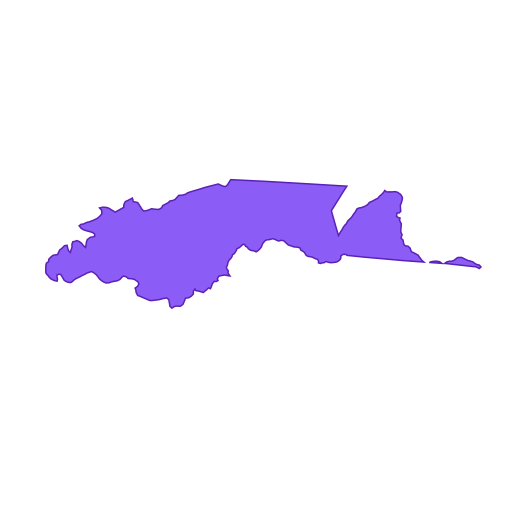 Tracuateua, Pará, Brazil, rotated 242°
{"feature_id": "56859067B98694132749853", "entity_name": "Tracuateua", "entity_type": "district", "adm_level": 2, "iso_a3": "BRA", "parent_name": "Brazil", "parent_adm1": "Pará", "projection": "albers", "projection_center": [-46.953, -1.066], "detail": "fine", "context": "isolated", "style": "filled", "palette": "violet", "viewbox_px": 512, "rotation_deg": 242, "n_neighbors": 0, "source": "geoboundaries", "source_scale": "gbopen_adm2", "svg_char_len": 4540}
<svg xmlns="http://www.w3.org/2000/svg" viewBox="0 0 512 512"><g transform="rotate(242 256 256)"><path d="M371.9,140.4L368.8,141.2L365.6,139.7L364.5,136.8L363.8,133.9L363.8,131.5L363.9,129.0L364.2,127.2L364.4,124.9L365.1,122.6L365.2,120.8L365.3,118.4L366.1,116.5L365.7,114.0L362.6,114.6L360.3,115.9L358.7,117.3L357.0,119.1L355.4,120.8L353.3,122.9L351.1,123.8L349.1,122.8L349.6,120.4L350.3,118.5L349.7,114.7L347.9,112.8L345.3,110.9L343.6,109.5L346.2,108.5L349.4,107.9L352.0,106.6L353.8,104.9L353.9,103.1L354.6,101.0L352.7,98.9L350.5,97.9L349.2,96.7L348.0,95.3L346.3,93.8L348.8,92.9L351.5,93.5L354.2,94.2L355.0,91.8L354.4,89.8L353.8,87.8L353.5,85.5L352.0,83.5L350.4,81.3L351.2,79.4L351.9,77.2L351.4,74.4L350.4,71.5L348.4,70.1L348.1,67.6L346.4,66.1L344.3,64.9L341.6,63.4L339.7,62.5L337.8,62.7L336.1,63.2L334.0,63.5L332.2,64.1L330.7,65.1L328.9,66.5L327.2,68.6L328.8,69.9L331.3,70.6L332.7,71.5L332.4,73.4L331.4,74.9L328.4,75.1L324.8,75.2L322.5,76.4L320.7,78.1L319.5,80.0L319.7,82.1L320.4,84.5L320.5,87.1L320.4,89.2L320.3,91.1L320.4,93.4L320.2,95.9L320.3,99.0L319.5,103.4L317.6,104.8L314.7,106.1L312.0,106.7L309.4,107.0L307.1,107.9L304.7,109.2L302.6,110.9L301.3,113.7L301.0,116.2L299.2,122.1L299.2,124.9L300.2,127.7L300.6,129.4L298.4,131.8L296.2,132.5L295.3,133.9L294.2,135.6L292.5,137.6L290.3,138.8L288.7,139.6L286.4,139.5L284.8,137.2L284.4,134.2L282.3,133.9L279.9,133.0L276.7,133.0L274.8,134.7L266.6,141.3L265.6,143.0L264.4,146.2L263.0,149.8L262.3,152.9L260.9,157.5L258.4,158.5L251.9,156.4L249.4,157.3L249.7,160.2L249.2,162.1L247.1,165.8L247.6,168.8L250.1,172.0L251.9,173.9L250.7,176.9L250.9,180.0L251.8,182.8L254.3,184.1L255.5,186.6L253.7,186.6L251.6,189.3L248.5,192.3L249.2,195.7L250.1,199.2L248.5,200.4L249.8,202.1L251.9,204.3L253.2,207.2L252.1,209.0L252.2,211.0L254.0,211.1L255.6,213.6L255.0,216.1L254.0,219.3L251.8,222.0L250.6,223.6L254.2,223.3L256.1,224.6L258.3,224.1L260.2,224.8L261.3,226.5L263.5,228.2L265.0,230.4L265.6,232.5L266.8,234.6L268.2,235.9L268.3,238.1L269.3,239.8L270.2,241.4L271.4,242.6L271.2,245.1L271.8,247.8L272.4,250.0L271.3,251.5L269.4,251.3L268.0,252.5L266.0,252.6L263.6,253.9L262.3,255.5L261.3,256.9L259.6,258.0L259.7,260.0L260.4,262.6L261.4,265.0L262.8,266.4L264.1,268.2L265.2,271.2L265.2,273.0L264.1,275.7L263.5,278.7L262.2,280.2L259.9,281.9L258.6,283.0L258.0,285.7L256.4,287.7L250.7,289.6L249.3,290.9L246.1,293.9L245.1,295.6L244.0,297.1L242.4,298.7L240.3,298.3L236.7,300.4L234.8,300.5L233.1,300.6L231.5,301.5L230.3,303.0L229.2,304.5L227.7,305.8L225.8,307.1L224.2,308.7L222.3,308.9L220.6,307.9L219.1,309.4L218.9,311.2L218.1,312.9L218.3,315.1L215.7,317.8L214.6,319.6L213.2,323.1L212.8,324.8L212.9,326.6L213.3,328.5L214.4,330.0L216.2,330.8L216.6,333.5L215.4,335.9L213.8,336.7L204.4,350.7L194.0,366.7L182.6,384.2L171.8,401.4L174.3,400.4L176.6,400.1L178.3,399.8L180.7,399.5L184.8,396.8L186.7,395.3L188.7,395.4L190.5,395.8L193.2,394.9L194.6,393.0L196.1,392.0L198.3,392.4L201.0,393.3L203.8,392.4L206.2,395.0L208.5,395.0L211.0,396.0L213.4,397.7L216.2,399.4L220.1,399.5L221.9,401.0L223.1,399.7L225.1,398.7L227.8,400.8L226.8,402.7L227.5,404.8L230.4,406.0L233.2,407.4L234.4,409.0L236.7,411.2L238.7,412.7L240.8,412.8L242.5,412.6L246.0,410.8L247.8,408.6L248.6,406.5L251.2,401.5L253.4,400.4L252.4,398.8L251.5,396.2L250.8,393.1L249.7,390.5L249.9,388.7L249.8,384.7L250.1,381.3L249.1,379.1L248.7,376.1L249.3,371.5L250.1,369.4L250.2,367.2L248.3,364.4L247.1,361.7L245.7,359.3L244.9,357.3L244.0,353.7L242.0,350.7L241.5,348.8L240.5,346.8L238.7,344.0L237.0,340.9L235.4,338.4L245.9,340.6L260.6,343.8L272.0,363.6L275.0,369.0L293.9,338.1L317.1,300.0L318.3,298.0L335.3,269.5L334.1,267.4L332.3,264.4L331.6,261.9L332.5,260.4L334.6,258.5L337.3,256.5L340.6,242.8L341.3,238.7L343.6,227.3L343.9,225.2L343.6,222.9L344.0,220.7L344.6,218.9L345.8,216.2L345.0,214.1L343.9,211.0L344.1,208.5L345.0,205.9L344.3,203.4L344.3,197.2L342.9,195.5L342.7,192.3L343.8,190.2L345.3,188.0L346.8,185.9L347.1,182.2L347.8,179.7L348.4,178.1L350.4,177.3L353.0,177.1L356.2,176.9L358.8,176.6L361.7,173.1L363.4,173.7L365.2,174.0L365.2,168.9L365.4,166.2L363.5,163.5L361.0,162.0L361.0,158.8L360.9,156.2L360.9,154.4L360.8,152.3L363.1,151.0L365.0,149.8L367.0,148.7L368.3,147.6L369.7,145.9L371.0,143.7L371.9,140.4ZM140.7,449.5L143.2,448.9L144.4,447.4L146.6,445.7L148.7,444.9L151.2,442.6L152.3,441.2L154.3,439.7L158.3,436.8L160.0,433.3L159.2,428.7L159.6,426.1L160.6,424.4L161.2,421.7L160.9,419.1L143.0,445.3L140.1,447.3L140.7,449.5ZM162.2,416.7L164.7,415.5L166.4,413.4L167.3,411.9L168.7,408.2L168.9,406.0L162.2,416.7Z" fill="#8b5cf6" stroke="#5b21b6" stroke-width="1.5"/></g></svg>